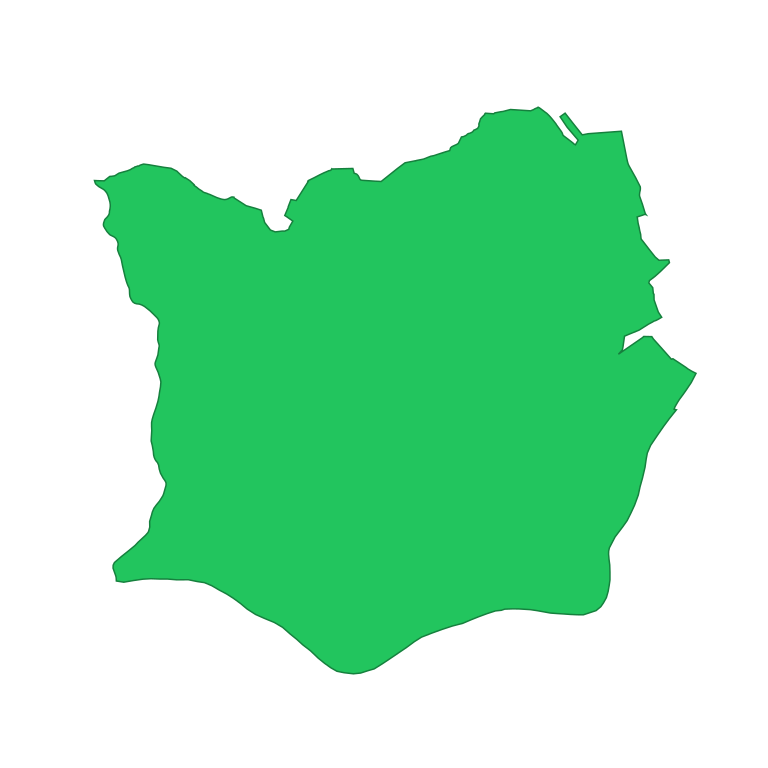 the district of Krustpils pag., Krustpils, Latvia, rotated 276°
{"feature_id": "27541924B89257742122528", "entity_name": "Krustpils pag.", "entity_type": "district", "adm_level": 2, "iso_a3": "LVA", "parent_name": "Latvia", "parent_adm1": "Krustpils", "projection": "mercator", "projection_center": [25.858, 56.572], "detail": "fine", "context": "isolated", "style": "filled", "palette": "green", "viewbox_px": 768, "rotation_deg": 276, "n_neighbors": 0, "source": "geoboundaries", "source_scale": "gbopen_adm2", "svg_char_len": 6101}
<svg xmlns="http://www.w3.org/2000/svg" viewBox="0 0 768 768"><g transform="rotate(276 384 384)"><path d="M589.6,622.3L597.2,618.7L598.6,618.3L601.4,618.3L603.9,618.6L605.7,618.5L607.0,618.2L613.3,614.1L615.2,612.9L626.1,605.2L627.3,604.4L628.8,603.6L630.9,602.8L633.9,601.8L660.2,593.7L654.3,561.1L652.5,555.1L664.0,543.8L672.3,535.8L668.2,531.2L658.5,539.3L646.8,551.6L641.9,549.4L642.5,547.9L643.2,547.1L644.6,544.9L649.8,536.4L650.5,535.8L652.1,535.1L653.5,534.1L654.3,533.4L659.5,528.7L660.7,527.8L664.7,523.9L667.0,521.5L668.3,520.0L670.2,517.6L671.1,516.0L672.2,514.2L674.2,510.9L674.8,509.8L675.4,508.3L675.1,508.1L674.8,507.8L674.4,506.9L673.5,505.3L673.0,504.6L672.6,504.2L671.0,501.2L670.2,481.1L667.5,473.9L667.0,471.8L665.2,465.8L664.2,464.9L663.9,456.5L663.1,456.0L662.4,455.9L659.9,453.8L658.8,453.0L657.9,452.3L654.8,451.7L652.9,451.2L652.1,451.2L651.4,451.4L650.5,451.4L649.0,450.9L648.1,450.4L647.5,449.7L646.2,447.7L646.0,447.0L644.7,446.2L644.1,445.8L643.7,445.4L643.5,445.0L642.5,443.5L641.9,441.8L641.3,440.9L640.0,439.9L638.4,437.3L637.8,435.2L631.4,432.9L630.8,432.5L629.6,430.9L629.0,429.8L627.2,426.8L626.3,425.9L626.0,425.6L625.3,425.4L623.0,425.0L621.3,420.8L616.2,409.3L615.4,406.7L612.2,400.5L611.9,400.1L609.6,392.7L609.2,392.2L609.3,391.9L606.2,381.8L599.7,374.8L585.1,360.0L585.0,357.5L584.8,354.3L584.5,346.3L584.3,341.0L584.4,340.0L584.5,339.5L585.0,338.8L585.5,338.4L587.7,337.1L588.6,336.4L589.3,335.6L589.8,335.0L590.1,334.1L590.5,332.3L595.1,330.5L592.4,309.9L592.6,309.6L590.9,308.7L590.6,307.7L590.3,306.7L588.7,303.9L587.9,302.4L585.3,298.2L581.8,292.9L578.3,287.3L577.9,287.3L577.4,287.1L577.3,287.4L557.3,277.5L557.7,272.2L550.3,270.2L549.8,270.3L541.2,267.7L540.2,269.7L536.5,276.3L530.2,273.5L527.9,273.1L525.7,269.4L525.4,266.6L523.9,259.9L524.6,257.4L524.7,256.9L525.3,254.9L532.2,248.4L536.2,246.9L537.6,246.1L544.0,243.8L545.3,237.7L546.9,228.3L553.3,215.6L554.2,215.2L554.1,213.9L554.2,213.5L553.9,212.6L553.6,212.1L551.8,209.4L551.2,208.1L551.0,207.4L550.7,206.1L550.8,203.8L551.0,202.3L551.9,198.3L554.3,190.9L554.7,189.1L555.1,188.0L555.5,185.8L555.7,185.0L555.9,184.4L556.3,183.6L557.0,182.6L558.5,179.5L560.3,176.8L561.0,175.5L561.9,174.2L562.3,174.4L565.8,169.8L566.4,168.7L568.4,164.7L568.1,164.2L568.7,163.0L569.6,161.5L573.0,157.0L574.0,155.8L576.3,149.7L576.5,142.3L577.5,126.8L577.6,122.0L577.2,120.9L576.2,118.7L575.0,117.0L575.0,116.0L574.5,115.3L574.2,114.5L573.7,113.3L573.0,112.8L572.4,111.6L571.7,110.6L570.7,109.4L569.2,106.5L567.0,100.9L566.0,98.4L563.1,94.7L562.8,94.1L562.1,91.5L561.8,89.7L561.7,89.5L556.8,84.5L556.4,79.8L556.2,76.7L556.1,74.8L553.9,75.7L552.8,76.4L551.7,77.9L550.5,79.7L548.3,84.5L547.6,85.7L546.3,87.1L544.8,88.5L542.4,89.9L536.3,92.4L533.8,93.0L532.0,93.2L529.7,93.2L527.2,92.9L525.5,93.0L524.1,92.8L522.8,92.3L520.6,90.9L519.2,89.7L518.2,89.1L517.0,88.8L514.7,88.3L512.9,88.3L511.7,88.7L509.8,90.0L506.6,92.6L504.4,95.0L503.6,96.1L502.4,99.4L501.7,100.9L500.8,102.1L499.8,102.9L498.0,104.1L496.8,104.6L495.5,105.0L493.7,105.0L491.8,104.8L490.4,104.9L488.9,105.3L485.0,107.2L482.6,108.7L480.4,109.7L474.2,111.6L463.5,115.3L459.5,116.9L457.1,118.0L455.0,119.1L453.0,120.4L451.1,121.0L446.8,121.6L444.4,122.2L442.4,123.3L440.8,124.4L439.3,125.7L438.3,127.5L437.9,129.6L437.9,132.3L437.3,134.8L436.1,137.7L432.3,143.7L426.4,151.1L425.2,152.3L423.5,153.4L421.9,154.1L420.3,154.3L416.5,153.7L413.0,153.6L404.4,154.3L402.3,155.0L399.3,156.3L398.1,156.5L395.8,156.3L389.3,156.1L386.2,155.4L381.7,154.3L380.2,154.2L378.8,154.5L377.2,155.2L372.0,158.2L365.8,160.9L362.7,161.9L357.7,162.0L352.1,161.6L348.3,161.5L343.2,161.0L336.3,159.7L329.6,158.1L324.8,157.2L321.3,156.9L317.4,157.3L313.5,157.9L306.7,158.2L303.0,158.4L298.6,160.0L293.0,161.6L289.3,162.3L286.9,163.2L285.0,164.3L283.5,165.5L282.1,167.0L279.8,168.3L275.8,169.4L271.8,171.1L267.1,174.4L265.1,176.2L263.3,177.4L262.1,177.7L260.3,177.8L252.1,176.4L249.8,175.8L244.1,173.0L240.0,170.3L236.4,168.2L232.5,167.0L229.2,166.5L222.8,165.3L217.2,166.0L213.0,165.3L211.6,164.8L208.5,162.6L201.1,156.1L197.4,153.3L190.6,146.6L185.0,140.9L178.3,134.6L175.5,133.6L172.5,133.8L164.9,137.4L163.3,137.9L160.1,138.4L159.7,145.9L162.4,155.5L164.7,164.6L166.0,172.6L166.6,181.4L167.4,189.0L167.6,198.3L168.9,209.9L168.0,219.0L167.7,226.2L165.4,233.8L161.8,241.8L158.7,249.5L155.2,256.5L150.8,264.1L145.9,271.4L141.4,280.3L138.4,289.6L135.4,299.8L131.4,308.6L125.5,316.9L120.9,324.0L116.1,330.5L111.0,338.8L104.5,347.2L100.0,354.1L96.2,360.8L93.4,367.2L92.7,374.4L92.6,383.9L94.1,391.0L97.2,398.0L99.7,404.1L106.5,412.7L111.4,418.6L117.9,426.3L124.4,434.0L131.0,441.2L136.2,447.8L141.4,457.9L146.1,467.6L150.5,477.4L154.3,487.5L158.6,495.2L162.5,502.6L166.5,510.7L170.0,518.6L171.2,524.3L172.7,527.6L173.8,535.2L174.4,541.4L174.9,553.1L174.6,560.1L174.1,566.9L173.6,573.5L173.8,580.0L174.1,587.0L174.3,593.3L174.7,600.1L175.3,606.4L180.8,618.6L185.2,622.9L189.2,625.1L194.8,627.5L201.2,628.6L207.1,629.0L212.8,629.2L220.4,628.4L227.7,627.4L233.2,626.1L238.4,625.1L241.4,624.9L244.7,625.3L256.1,629.8L267.0,636.4L273.6,640.1L281.9,643.2L289.8,645.9L300.2,648.5L308.6,649.4L317.4,650.9L328.5,652.3L336.8,652.6L342.9,653.1L350.9,655.6L361.8,661.4L371.1,666.5L379.4,671.4L388.9,677.5L389.0,675.8L389.0,675.3L389.1,675.1L389.3,675.1L390.6,675.6L391.3,675.6L396.3,677.8L399.7,679.5L405.1,682.7L409.8,685.3L413.6,687.3L417.5,689.4L427.2,693.2L428.9,688.7L430.7,684.8L432.1,682.5L434.1,678.7L439.3,668.7L438.7,667.2L446.4,658.8L456.9,647.2L459.1,645.4L458.4,637.3L457.2,636.3L438.1,614.0L442.9,617.5L445.9,617.8L456.7,618.2L458.9,622.1L464.2,632.0L471.1,640.7L474.0,645.0L474.6,645.6L475.6,647.8L477.1,650.1L479.4,653.2L484.2,649.3L495.9,643.8L501.5,643.1L502.1,642.4L507.9,641.2L512.2,636.8L514.6,637.2L519.3,642.2L524.7,647.1L534.5,655.2L537.2,654.2L535.8,644.5L538.7,640.4L544.7,634.5L552.9,626.7L555.0,624.6L556.5,624.2L559.7,623.6L563.2,622.3L566.3,621.4L570.5,619.9L576.1,618.5L576.6,618.3L579.1,623.9L579.6,624.8L579.8,625.5L579.9,626.0L579.9,626.6L579.8,626.9L580.5,626.3L581.2,625.9L582.0,625.5L589.6,622.3Z" fill="#22c55e" stroke="#15803d" stroke-width="1.5"/></g></svg>